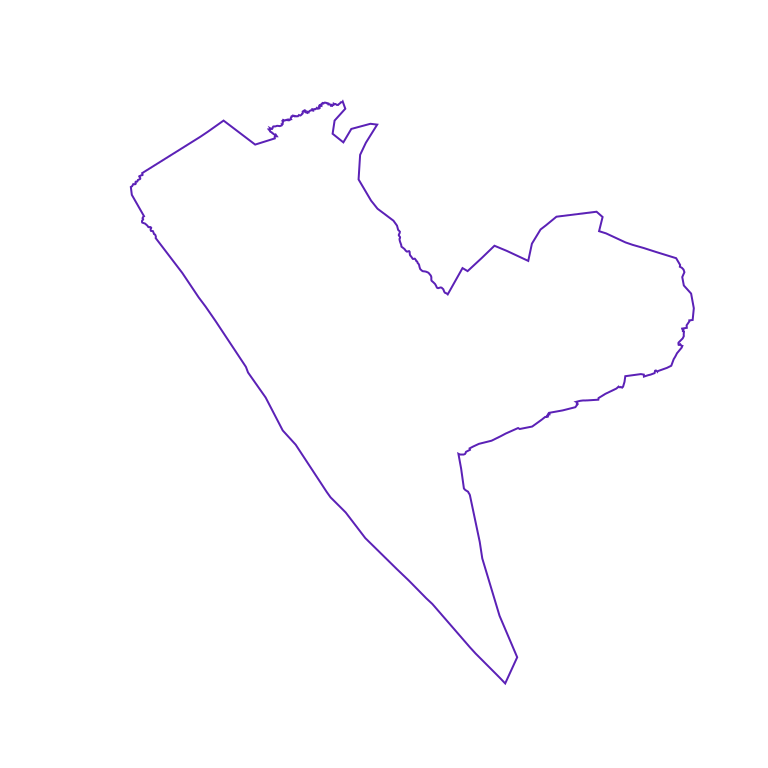 Quirino, Quirino, Philippines (Natural Earth projection), rotated 102°
{"feature_id": "2640588B94420346402626", "entity_name": "Quirino", "entity_type": "district", "adm_level": 2, "iso_a3": "PHL", "parent_name": "Philippines", "parent_adm1": "Quirino", "projection": "natural_earth1", "projection_center": [121.392, 16.285], "detail": "fine", "context": "isolated", "style": "outline", "palette": "violet", "viewbox_px": 768, "rotation_deg": 102, "n_neighbors": 0, "source": "geoboundaries", "source_scale": "gbopen_adm2", "svg_char_len": 6113}
<svg xmlns="http://www.w3.org/2000/svg" viewBox="0 0 768 768"><g transform="rotate(102 384 384)"><path d="M651.7,203.2L623.6,196.9L586.7,222.8L534.2,251.6L518.6,257.5L474.8,276.9L473.5,277.9L472.7,278.8L471.9,279.3L470.8,282.4L469.6,284.1L450.9,290.9L436.8,296.7L437.0,296.0L437.1,294.6L436.4,291.4L435.7,290.3L434.5,289.8L433.6,289.8L433.2,289.6L430.5,286.2L429.2,286.9L426.7,283.9L422.8,278.7L417.1,267.0L410.8,259.0L407.2,254.7L399.2,243.7L399.8,241.9L394.8,230.2L386.3,222.5L382.7,219.5L382.5,218.1L382.0,217.2L381.1,217.8L380.9,217.4L380.9,217.2L380.6,217.3L380.3,217.0L380.1,217.0L380.1,217.4L379.7,217.3L379.9,216.8L379.7,216.8L379.4,216.4L379.2,216.5L379.2,215.8L378.3,215.9L377.8,216.3L372.7,203.8L366.9,192.0L363.4,190.4L363.1,190.8L363.1,191.1L362.7,191.0L362.6,191.3L362.0,191.3L361.7,191.6L361.5,192.3L359.7,188.7L358.7,185.8L357.9,182.2L354.8,171.1L353.1,171.2L347.6,165.4L340.1,155.7L337.8,154.0L338.2,153.4L338.1,152.4L337.7,151.8L337.9,151.4L337.8,150.8L338.0,150.4L337.5,150.2L337.0,149.6L331.9,149.2L326.2,149.6L320.9,134.8L320.8,131.8L322.7,131.3L320.5,127.5L319.4,125.2L317.1,121.6L314.7,121.6L314.3,121.0L314.3,120.8L314.6,120.7L314.8,119.4L315.1,119.1L314.5,118.9L309.4,110.6L306.4,106.8L299.5,105.8L296.7,104.8L293.0,103.8L286.5,100.4L284.7,100.1L284.7,100.8L284.6,101.3L284.2,101.8L283.9,101.9L283.5,102.5L284.3,103.1L284.5,103.6L284.4,104.0L282.9,104.5L282.2,104.5L277.3,101.3L274.9,100.7L272.9,101.2L270.3,101.5L270.2,101.7L270.2,102.6L269.5,102.7L269.4,102.4L269.2,102.4L269.1,102.7L268.6,102.5L268.3,102.9L268.2,103.7L267.8,103.9L266.1,99.5L263.7,100.2L259.1,98.3L258.3,98.6L257.2,95.4L245.5,96.7L231.7,102.4L225.3,111.2L217.4,114.5L212.2,113.4L209.8,114.8L208.4,116.8L207.8,119.0L206.0,119.1L200.2,124.4L198.3,145.4L197.0,158.2L196.2,169.7L195.3,177.2L190.5,198.1L189.8,205.4L175.2,204.9L171.3,211.9L184.5,250.1L194.9,258.4L200.3,263.0L216.0,268.5L233.6,268.5L228.3,291.4L225.8,304.7L240.3,314.5L256.2,325.7L254.3,331.3L283.1,340.3L282.3,341.7L282.2,343.0L281.8,343.7L280.9,344.5L279.0,345.7L277.8,347.7L277.8,348.7L279.0,351.0L278.9,351.9L278.6,352.4L277.1,353.5L275.6,354.8L274.3,356.8L273.2,358.8L272.5,359.3L269.7,359.9L268.9,360.3L268.2,360.8L266.1,363.4L265.8,364.1L265.4,366.2L265.4,367.5L265.6,369.4L265.3,370.4L264.1,372.4L263.7,372.7L262.1,373.6L260.3,374.4L259.3,375.2L258.7,376.2L257.3,377.0L256.9,378.1L256.1,378.6L255.1,379.8L255.0,380.0L255.1,380.4L255.5,381.0L255.6,381.9L253.6,384.0L252.9,385.0L252.4,385.4L251.2,385.9L249.4,386.4L248.9,386.9L248.8,387.1L249.7,388.9L249.7,389.3L249.0,390.6L247.8,391.9L246.9,393.6L246.1,395.4L245.3,395.8L244.5,396.0L241.3,398.0L239.8,398.7L238.9,399.0L237.9,398.7L237.1,398.8L236.7,399.1L235.7,400.3L235.3,400.5L234.5,400.5L233.4,400.1L231.8,400.1L231.1,400.9L230.3,402.2L226.4,404.2L222.3,408.7L213.9,426.8L207.3,434.8L189.2,451.4L164.8,455.0L151.8,451.9L131.7,444.6L132.3,451.4L141.3,469.0L156.1,474.0L149.9,486.3L136.6,487.1L122.8,479.1L116.3,483.1L116.8,483.3L117.5,484.9L118.1,485.0L119.6,486.3L120.5,486.8L120.7,487.2L120.6,487.8L120.8,488.3L120.2,489.6L120.5,490.6L120.2,491.6L120.4,491.6L120.9,491.0L121.5,491.3L122.2,492.5L122.0,493.0L122.3,493.3L122.8,493.0L122.9,493.8L121.8,494.2L121.9,495.0L121.6,495.9L122.0,495.9L122.1,496.5L121.2,496.8L121.3,497.1L121.5,497.3L121.4,497.9L121.0,498.2L121.0,498.7L121.2,499.0L121.0,499.6L121.1,500.5L121.5,501.1L121.8,501.2L121.8,502.4L122.1,502.6L122.4,502.4L122.5,502.9L122.9,503.3L123.5,503.4L123.8,503.1L124.7,503.0L124.6,503.3L124.3,503.5L124.1,504.0L124.5,504.9L125.4,505.2L125.4,504.3L125.6,504.0L126.4,505.1L127.1,505.0L127.5,504.4L128.0,504.8L128.1,505.3L128.5,505.9L128.1,506.4L127.9,507.2L128.6,507.4L129.1,507.8L129.3,508.3L129.6,508.5L129.6,509.2L130.0,509.3L130.2,509.6L130.1,511.3L130.3,511.3L131.3,510.6L131.3,511.4L131.4,512.3L132.4,513.5L133.4,514.2L133.8,514.2L133.7,514.9L134.3,514.7L134.5,515.1L134.8,515.3L134.6,515.9L134.6,516.9L134.4,517.6L133.9,517.8L133.3,517.3L133.1,517.4L132.7,518.4L133.6,519.5L133.8,519.7L134.2,519.6L134.5,520.1L134.9,519.9L135.8,520.0L136.3,519.8L136.8,520.4L137.3,520.4L138.7,521.5L138.8,522.5L138.6,523.1L140.0,523.9L140.1,524.7L140.3,524.9L140.3,525.3L140.4,525.5L140.3,526.1L140.6,526.4L140.5,526.8L140.7,527.1L140.4,527.5L140.6,527.9L140.4,528.6L140.8,528.6L141.2,529.8L141.5,529.7L141.6,530.1L143.3,530.5L143.8,530.4L144.3,530.0L144.5,530.7L144.9,530.7L145.7,531.5L145.8,531.9L145.2,532.6L145.4,533.0L145.8,533.1L145.6,533.6L146.0,533.9L146.0,534.5L146.3,534.7L146.4,535.2L146.7,535.5L146.8,536.1L147.0,536.3L146.9,537.0L146.6,537.3L146.6,537.5L147.0,537.5L147.6,538.1L148.5,537.6L148.5,537.2L149.8,537.5L150.7,537.1L151.1,537.3L151.2,537.8L151.5,537.6L152.3,537.8L153.4,539.5L153.6,541.8L153.9,542.7L154.4,543.4L154.8,544.3L154.8,544.9L155.1,545.8L156.3,546.3L157.1,546.2L157.8,546.5L157.9,547.1L157.5,548.5L158.2,547.9L158.8,548.1L159.0,548.3L158.8,549.5L158.9,549.8L159.1,549.6L159.5,548.7L160.4,548.1L160.9,547.5L161.2,546.2L161.7,545.6L162.0,544.6L162.4,544.2L162.7,543.4L162.8,542.7L162.4,542.0L164.0,540.3L164.1,540.7L164.2,542.2L164.8,542.3L165.1,542.1L165.8,542.2L166.5,541.9L176.6,559.8L159.7,595.7L173.9,608.8L180.4,615.1L228.0,664.4L228.6,664.0L229.2,664.0L229.5,663.7L229.9,663.7L230.4,664.9L230.8,665.5L231.3,665.8L231.5,666.5L231.8,666.6L232.2,666.3L232.8,665.6L233.3,665.2L233.9,665.1L234.4,665.4L235.6,667.1L237.2,667.4L237.6,668.1L237.6,668.7L238.0,669.0L239.4,668.9L239.7,668.5L240.2,668.7L240.5,669.5L240.7,670.4L240.6,670.8L242.9,671.5L243.9,672.6L251.4,670.0L269.8,653.6L270.4,654.2L271.5,654.6L272.4,654.5L272.7,653.9L273.2,653.8L273.8,654.2L274.8,654.6L275.8,654.4L276.4,654.0L276.8,651.0L278.3,648.4L279.5,647.1L279.5,646.5L279.1,645.6L279.1,644.9L279.6,644.2L280.1,644.2L280.8,644.5L281.9,644.3L282.7,643.7L282.5,641.9L283.8,640.9L285.1,640.2L285.3,639.3L286.0,638.5L287.5,637.7L288.7,637.7L317.3,604.4L337.9,583.2L345.5,574.5L357.3,562.0L396.0,522.6L401.0,519.4L421.9,496.9L450.5,473.4L461.7,457.8L501.5,417.6L506.0,412.7L517.6,394.8L538.6,370.3L562.3,333.1L571.2,318.7L584.9,298.0L589.1,291.0L623.7,245.2L628.5,238.5L647.2,209.8L651.7,203.2Z" fill="none" stroke="#5b21b6" stroke-width="2"/></g></svg>